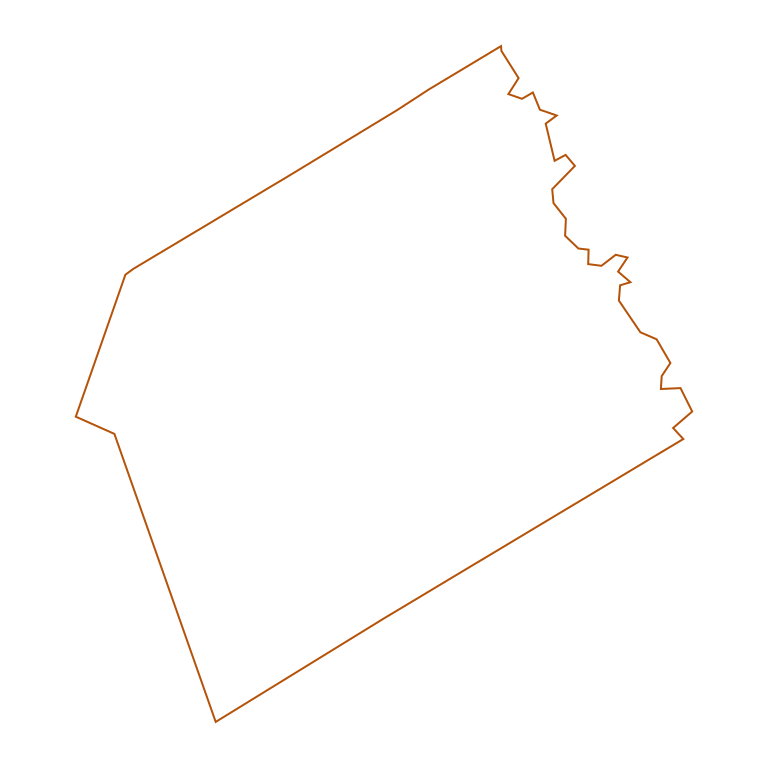 Milam, Texas, United States of America
{"feature_id": "52423323B14814081114413", "entity_name": "Milam", "entity_type": "district", "adm_level": 2, "iso_a3": "USA", "parent_name": "United States of America", "parent_adm1": "Texas", "projection": "robinson", "projection_center": [-96.814, 30.784], "detail": "fine", "context": "isolated", "style": "outline", "palette": "amber", "viewbox_px": 768, "rotation_deg": 0, "n_neighbors": 0, "source": "geoboundaries", "source_scale": "gbopen_adm2", "svg_char_len": 659}
<svg xmlns="http://www.w3.org/2000/svg" viewBox="0 0 768 768"><path d="M215.7,721.9L383.6,618.6L683.3,439.0L673.1,428.0L692.2,411.5L680.5,388.1L660.9,389.0L661.7,376.1L670.4,363.0L656.6,339.3L640.4,332.3L618.9,300.6L620.1,285.3L630.4,282.2L618.1,271.6L627.5,257.5L615.7,254.8L601.4,265.8L588.2,264.1L588.6,249.7L578.4,248.5L565.1,235.8L565.9,218.8L553.5,203.1L552.2,189.2L574.9,165.9L565.6,154.9L554.6,160.8L545.7,123.6L556.7,115.5L539.9,109.7L532.9,92.5L522.0,98.8L508.4,94.1L518.6,78.1L501.4,50.9L501.0,46.1L429.4,89.1L396.8,110.3L290.7,174.7L133.1,269.0L125.4,274.7L75.8,416.7L114.4,433.9L215.7,721.9Z" fill="none" stroke="#b45309" stroke-width="2"/></svg>